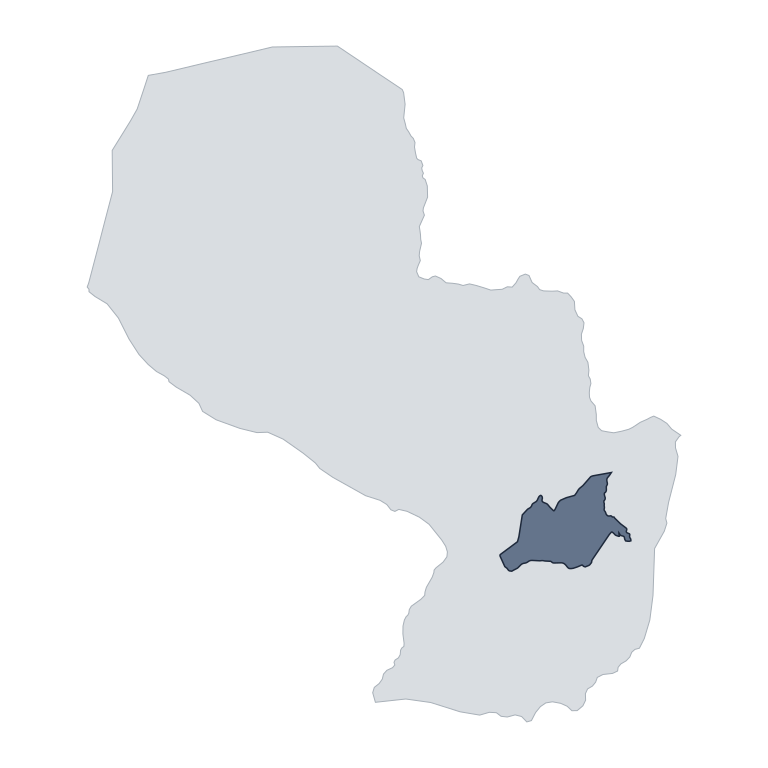 where Caaguazú sits in Paraguay
{"feature_id": "PRY-617", "entity_name": "Caaguazú", "entity_type": "Department", "adm_level": 1, "iso_a3": "PRY", "parent_name": "Paraguay", "parent_adm1": "", "projection": "robinson", "projection_center": [-55.638, -25.106], "detail": "fine", "context": "in_parent", "style": "filled", "palette": "slate", "viewbox_px": 768, "rotation_deg": 0, "n_neighbors": 0, "source": "natural_earth", "source_scale": "10m", "svg_char_len": 5958}
<svg xmlns="http://www.w3.org/2000/svg" viewBox="0 0 768 768"><path d="M403.7,117.9L405.3,123.8L406.3,128.4L408.6,131.7L411.0,136.0L413.3,138.4L415.0,142.5L414.5,147.1L415.5,153.0L416.7,158.2L417.9,159.5L421.2,160.9L422.9,165.5L421.7,167.9L422.2,170.6L423.4,173.2L422.3,175.8L422.9,177.8L425.2,179.5L427.3,186.0L427.6,197.1L425.3,203.0L423.4,207.9L423.0,210.9L424.4,215.2L422.1,220.3L419.3,226.6L420.0,230.9L420.5,234.9L420.7,239.3L421.5,243.3L420.5,247.6L419.6,251.4L419.2,255.8L420.3,260.6L418.3,265.2L417.1,268.5L416.6,271.7L418.8,276.8L424.2,279.0L428.4,279.6L432.3,276.8L435.4,276.0L441.0,278.5L446.1,282.8L452.7,283.3L458.5,284.1L463.0,285.5L469.5,283.9L476.3,285.5L484.2,287.9L490.8,290.1L497.3,289.6L502.2,289.3L507.3,286.8L512.2,287.1L516.0,282.8L518.1,279.0L519.9,276.3L525.3,274.1L529.0,275.5L532.1,282.5L537.5,286.6L539.6,289.6L543.5,290.9L552.2,291.2L557.6,290.9L563.6,293.1L567.6,293.1L571.1,296.8L574.4,301.4L574.9,309.8L577.9,316.3L581.9,318.8L584.0,322.8L583.3,328.5L581.4,334.2L581.6,340.4L583.7,346.1L583.7,351.7L585.1,357.4L587.9,362.3L588.9,370.1L588.4,375.8L590.2,379.0L590.9,383.6L589.8,387.4L589.3,392.6L589.5,397.2L590.9,400.9L595.1,405.8L596.3,414.5L596.3,420.4L598.2,427.4L601.6,430.7L607.2,431.8L613.8,432.8L621.7,431.2L628.7,429.3L632.6,427.4L640.3,422.3L647.1,419.3L650.6,417.4L653.8,416.1L660.6,419.3L666.9,423.4L671.7,429.1L680.8,435.3L679.0,436.8L675.4,441.9L675.5,447.9L678.0,456.4L675.7,474.6L668.6,502.3L665.7,518.5L666.9,523.1L664.3,531.2L654.6,548.5L654.2,560.2L653.0,595.4L649.8,620.1L644.3,638.5L639.4,648.2L634.9,649.4L631.7,652.3L629.8,657.0L626.2,660.8L620.9,663.9L618.1,667.3L617.6,671.0L612.6,673.4L602.9,674.5L597.3,677.4L595.6,682.2L592.4,686.1L587.6,688.9L585.4,693.6L585.6,700.2L582.9,705.8L577.2,710.6L571.9,710.7L567.1,706.2L560.6,703.3L552.5,701.8L545.8,702.9L540.4,706.6L535.6,712.5L531.4,720.6L526.8,721.9L521.6,716.5L515.1,714.9L507.3,717.0L501.1,716.3L496.4,712.7L489.3,712.3L479.7,715.1L460.1,711.8L430.7,702.5L405.8,699.0L375.4,702.3L372.7,692.7L374.3,687.4L379.2,683.5L382.3,679.1L383.5,674.1L386.9,670.3L392.5,667.7L394.8,665.0L394.0,662.3L395.1,660.0L398.4,657.9L400.2,654.7L400.6,650.2L401.8,648.0L403.9,646.4L404.1,643.3L402.9,633.9L403.0,626.1L404.4,620.0L406.3,616.4L407.6,615.5L408.8,613.3L409.3,609.6L411.3,606.2L421.0,599.2L424.7,595.4L425.0,592.0L426.4,587.3L432.2,577.2L433.9,572.5L434.1,570.1L436.1,567.7L443.1,562.1L446.9,556.8L447.4,551.9L445.7,546.3L441.7,540.0L429.1,524.3L419.4,517.2L407.0,511.3L398.8,509.4L394.9,511.4L390.9,509.8L386.8,504.5L380.0,500.3L365.6,495.7L332.9,477.4L319.8,468.5L315.4,463.0L303.2,453.2L283.1,439.1L267.7,432.2L257.0,432.6L239.9,428.4L216.2,419.8L202.6,411.4L198.9,403.3L190.1,395.2L176.2,387.1L169.0,381.7L168.5,379.1L164.3,375.8L156.6,371.6L148.2,364.5L139.0,354.5L129.0,339.0L118.4,318.0L107.1,303.8L95.0,296.5L89.0,291.7L89.0,289.3L87.2,287.0L88.7,283.0L92.9,267.0L99.0,243.8L105.2,219.8L112.6,191.6L112.4,171.5L112.2,150.4L123.0,133.0L130.6,120.7L137.2,109.0L143.9,88.9L148.3,75.4L165.7,72.3L195.1,65.3L209.8,61.8L240.8,54.5L272.3,47.0L305.4,46.5L337.4,46.1L362.3,62.8L381.2,75.5L402.2,89.5L403.6,92.6L405.1,104.3L403.7,117.9Z" fill="#d9dde1" stroke="#a8b0b8" stroke-width="1"/><path d="M553.9,510.8L554.5,510.2L555.1,509.3L558.2,502.8L559.2,501.5L560.6,500.2L566.3,497.7L574.6,495.4L576.4,493.0L578.4,489.7L579.4,488.5L582.9,485.6L590.6,476.8L591.5,476.3L593.0,475.8L611.4,472.5L609.6,475.2L607.4,477.9L607.1,478.5L606.9,479.1L606.8,479.9L606.9,481.1L607.3,483.0L607.4,483.8L607.3,484.5L606.6,485.9L606.3,486.7L606.4,490.0L606.2,491.0L605.7,492.0L605.2,492.5L604.7,492.8L604.4,493.3L604.3,494.2L604.6,495.8L605.2,497.7L605.2,498.4L605.1,499.2L604.4,500.4L603.9,500.9L603.9,501.8L603.9,502.4L604.0,502.9L604.2,503.2L604.3,503.7L604.3,504.2L604.2,505.5L604.2,506.0L604.3,506.5L604.4,506.9L604.4,507.4L604.4,508.1L604.1,509.1L604.2,509.9L604.3,510.4L605.2,511.7L605.6,512.4L605.8,513.2L606.1,514.0L606.3,514.3L606.5,514.6L607.0,515.2L607.3,515.5L607.7,515.7L608.0,515.9L608.5,516.0L609.0,516.0L609.4,516.0L610.7,515.8L611.1,515.9L611.5,516.1L611.7,516.3L612.0,516.6L612.2,516.9L612.6,517.0L613.0,517.0L613.4,517.0L613.8,517.0L614.1,517.1L614.3,517.4L614.7,518.1L620.4,523.7L626.3,528.2L626.5,528.5L626.7,528.8L626.8,529.3L626.7,529.8L626.3,531.4L626.3,531.8L626.5,532.2L626.7,532.5L626.9,532.7L627.3,532.9L629.2,533.7L629.5,533.9L629.7,534.3L629.8,534.7L629.6,536.2L629.6,536.7L629.7,537.1L629.8,537.5L630.0,537.9L630.5,538.5L630.6,538.9L630.8,539.3L630.8,539.8L630.9,540.8L629.3,541.3L627.4,541.2L625.6,540.9L624.7,539.2L624.5,538.1L624.3,537.1L623.7,536.4L622.7,536.0L621.5,535.7L621.0,535.5L620.4,535.1L620.0,534.6L619.3,533.5L618.9,532.9L618.9,533.8L619.3,535.4L619.4,536.2L618.6,536.3L617.7,536.0L616.0,535.4L615.3,535.0L613.5,533.1L612.2,532.1L611.4,532.1L609.3,534.5L593.0,558.6L591.8,560.5L591.7,561.5L591.7,561.9L591.5,562.5L591.2,563.0L590.5,563.8L590.1,564.4L589.5,565.0L588.7,565.5L585.2,566.9L583.5,566.3L582.6,565.3L582.3,565.1L581.6,565.1L577.4,566.9L573.2,568.3L571.0,568.6L569.2,568.5L568.2,567.9L567.4,567.1L565.9,565.2L565.1,564.4L564.1,563.6L562.7,563.0L561.4,562.8L553.9,563.0L552.8,562.8L552.0,562.3L551.4,561.7L550.6,561.3L544.9,561.0L542.9,560.6L541.8,560.6L539.9,560.8L531.9,560.4L530.6,560.5L529.3,560.9L527.2,562.3L526.4,562.7L525.5,563.0L523.3,563.4L522.1,563.9L521.2,564.5L517.9,567.8L517.2,568.3L513.3,570.3L511.8,571.2L509.5,570.9L509.1,570.7L508.5,570.3L507.0,568.3L504.8,566.6L504.5,565.9L500.4,556.9L500.0,555.9L500.0,555.1L500.3,554.5L517.5,541.7L518.9,536.6L522.3,514.9L527.5,509.3L528.2,508.8L530.3,507.6L531.0,506.8L531.6,505.9L531.9,505.0L532.3,504.2L533.0,503.5L536.1,501.6L537.0,500.6L537.6,499.5L538.0,498.5L538.5,497.5L539.0,496.6L539.7,495.9L540.5,495.4L541.1,495.5L542.0,496.4L542.3,497.4L542.4,498.2L542.1,499.5L542.0,500.1L542.1,500.8L542.3,501.4L542.8,501.9L543.5,502.4L546.7,503.7L547.1,504.0L547.6,504.4L550.0,507.3L553.3,510.5L553.9,510.8Z" fill="#64748b" stroke="#1e293b" stroke-width="1.5"/></svg>